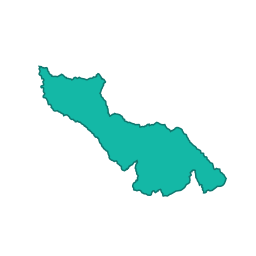 the district of Don Matías, Antioquia, Colombia, rotated 235°
{"feature_id": "7082276B48814942020129", "entity_name": "Don Matías", "entity_type": "district", "adm_level": 2, "iso_a3": "COL", "parent_name": "Colombia", "parent_adm1": "Antioquia", "projection": "mercator", "projection_center": [-75.341, 6.502], "detail": "fine", "context": "isolated", "style": "filled", "palette": "teal", "viewbox_px": 256, "rotation_deg": 235, "n_neighbors": 0, "source": "geoboundaries", "source_scale": "gbopen_adm2", "svg_char_len": 5799}
<svg xmlns="http://www.w3.org/2000/svg" viewBox="0 0 256 256"><g transform="rotate(235 128 128)"><path d="M229.3,90.6L228.2,90.5L227.7,90.3L227.7,89.4L227.2,89.0L225.6,88.9L224.7,88.4L223.6,86.5L222.9,86.0L221.7,86.2L220.8,86.8L220.2,86.8L217.7,85.7L216.8,86.9L215.7,86.7L215.1,86.2L214.9,85.0L214.2,84.6L212.5,84.2L211.7,83.6L211.6,82.8L212.1,81.2L212.0,80.7L211.7,80.3L211.4,80.2L210.6,80.2L209.8,81.6L209.5,81.8L209.0,81.7L206.5,79.7L205.4,79.5L204.4,79.7L203.9,79.5L203.4,78.8L203.0,77.2L202.1,76.3L201.4,76.3L200.1,77.6L198.9,78.0L195.6,77.5L194.4,76.8L192.8,76.3L192.2,77.1L192.2,77.6L191.6,78.0L190.1,77.9L189.3,77.5L189.0,76.9L186.7,77.4L185.1,77.1L183.8,77.9L182.6,80.2L181.3,80.4L179.5,81.7L178.7,81.7L177.9,82.3L177.4,82.4L176.7,82.9L176.3,83.0L175.0,82.4L174.3,85.0L173.7,85.3L173.1,85.9L171.6,86.1L170.9,86.4L169.8,86.1L168.4,86.3L167.5,86.6L166.5,88.0L165.2,88.1L164.7,88.6L163.3,88.4L162.6,89.6L162.8,90.4L160.8,91.3L160.1,92.2L157.9,92.5L156.5,93.3L155.4,93.5L154.6,93.4L154.3,93.6L154.2,94.0L153.9,94.2L152.8,94.1L151.4,94.8L150.2,94.4L149.4,94.5L148.9,94.9L148.2,94.9L147.9,95.4L146.9,95.3L145.7,95.8L145.0,95.8L144.5,95.6L142.7,96.5L141.2,95.9L139.9,96.2L139.3,96.1L137.7,97.7L137.0,97.4L136.1,97.7L135.6,97.7L134.6,97.2L132.3,96.5L131.4,96.5L129.9,96.9L128.5,96.2L127.2,96.2L126.5,96.6L125.1,96.2L124.2,96.7L123.1,96.8L122.4,97.1L121.8,97.1L120.6,97.9L117.4,96.7L115.8,96.6L115.4,96.4L115.1,95.8L113.3,95.3L112.5,95.7L111.2,96.0L110.0,97.0L109.5,97.1L108.4,97.6L108.4,98.2L107.5,99.7L106.1,99.6L105.5,99.0L105.0,99.0L103.3,99.7L102.2,99.8L100.3,100.5L98.8,99.5L97.4,99.2L96.7,99.4L95.0,100.6L94.9,102.1L95.3,103.1L95.2,103.3L94.7,103.4L94.6,103.8L95.2,104.2L94.9,104.9L94.9,105.3L95.6,106.3L95.7,106.9L96.1,107.3L95.7,108.1L95.9,108.6L95.5,110.6L96.5,113.3L96.4,114.0L95.7,114.9L96.3,116.0L96.2,116.7L94.9,116.3L94.3,115.8L93.5,113.6L91.0,110.9L90.4,110.8L90.2,111.0L89.9,111.0L88.3,109.9L86.8,109.8L85.4,108.8L82.9,109.0L81.7,107.0L80.8,106.8L79.7,105.7L79.7,105.3L80.5,105.0L80.5,104.6L79.6,103.6L79.4,103.0L79.6,101.5L79.4,100.6L78.2,98.9L77.2,98.2L75.5,98.2L74.6,97.5L73.6,97.4L73.2,98.2L71.5,99.3L70.9,101.1L70.3,101.8L69.6,102.3L69.0,102.4L66.8,102.4L65.9,103.1L65.0,103.4L63.6,105.0L61.7,105.7L60.2,107.6L60.1,108.1L60.1,108.9L61.2,110.0L61.4,110.6L61.9,111.0L62.1,112.0L62.0,112.8L61.6,113.3L60.5,113.1L59.9,113.3L59.5,113.3L59.3,113.5L59.4,114.2L59.3,114.9L59.5,115.0L59.5,115.9L59.2,116.4L59.6,116.6L59.7,117.0L59.2,119.3L58.5,119.5L57.9,119.1L56.1,118.7L54.0,118.8L53.4,118.1L52.1,117.8L51.4,119.5L49.7,121.4L49.7,124.1L49.3,125.4L48.8,131.2L46.7,135.4L46.6,136.5L46.7,139.5L46.9,140.6L47.9,142.6L48.2,143.6L47.9,145.8L48.1,147.3L49.2,148.1L49.7,148.9L50.9,149.4L51.7,150.0L52.7,150.1L53.1,150.4L52.9,151.1L53.2,151.8L53.1,152.6L53.8,153.1L55.0,153.1L55.8,153.5L55.8,154.3L56.0,154.7L55.6,155.4L56.2,155.7L56.4,156.5L55.8,157.9L55.3,157.9L55.0,158.6L54.5,158.7L53.3,157.6L52.1,157.3L48.4,155.2L46.6,155.2L44.9,154.7L43.4,154.7L41.8,154.4L40.3,153.8L40.0,153.9L40.3,154.3L40.2,154.8L39.6,155.5L38.7,155.8L37.5,154.6L36.7,154.5L35.9,154.8L35.0,153.8L34.3,153.6L33.4,153.9L32.5,153.5L31.5,152.7L30.8,153.7L30.6,155.0L30.7,155.4L31.4,155.8L31.3,157.2L30.9,158.5L30.2,158.6L29.5,159.1L28.6,161.2L28.8,166.5L29.0,167.6L27.3,170.2L26.9,171.3L26.7,172.9L27.2,174.9L29.1,177.9L29.6,178.2L30.2,179.4L32.7,179.4L34.8,179.7L35.4,179.4L37.5,179.1L38.3,178.4L39.6,178.6L41.7,179.5L43.0,178.0L44.2,177.2L44.1,175.7L44.6,175.0L46.0,175.1L48.3,176.1L50.5,176.8L52.5,175.5L55.6,175.4L56.6,174.8L57.1,174.9L58.3,175.6L59.0,175.7L59.6,175.4L60.3,174.3L60.7,174.1L61.4,174.4L62.3,174.3L63.3,175.1L63.9,175.3L65.7,173.4L67.6,174.3L68.0,174.3L69.9,173.4L71.3,172.4L72.0,172.4L72.7,172.6L74.0,172.5L76.2,171.6L79.8,171.0L80.6,170.5L81.8,171.0L83.6,170.8L85.1,171.2L87.2,171.2L88.9,171.9L89.6,171.7L90.6,170.8L91.3,170.6L94.4,170.9L95.7,171.3L97.0,170.9L99.6,169.3L100.5,168.1L100.7,166.6L100.2,165.3L100.5,164.0L100.3,163.1L100.8,162.4L100.7,160.9L102.5,161.1L103.8,160.6L105.1,159.8L108.0,159.7L109.0,160.0L109.7,160.1L110.5,158.6L111.9,157.1L113.7,156.1L114.5,155.9L116.1,154.8L116.2,154.4L116.0,150.6L116.8,149.9L117.1,149.4L117.7,146.9L118.3,146.9L118.9,147.5L119.7,146.1L119.7,145.1L119.3,144.1L119.9,143.1L119.7,142.0L120.9,140.8L121.8,138.4L122.1,138.3L123.6,139.1L124.5,139.0L126.7,135.7L128.1,135.2L128.6,134.5L130.4,133.3L131.6,132.7L132.7,130.9L133.8,130.7L135.7,129.3L136.2,129.3L137.0,130.1L138.5,129.2L140.0,129.7L141.3,129.7L142.2,129.1L143.1,129.0L143.7,128.7L145.3,127.4L146.3,126.2L147.3,125.6L147.7,125.2L147.4,124.3L147.8,123.8L148.0,123.0L148.0,120.4L148.1,119.9L150.1,120.4L150.9,120.3L151.4,120.5L151.8,120.3L151.9,120.7L152.6,120.8L152.9,121.2L155.2,122.5L156.3,122.5L157.3,123.4L158.7,123.1L159.6,123.3L162.6,125.0L165.7,124.3L166.8,124.7L168.6,124.2L169.6,124.3L170.8,125.0L172.5,124.9L173.0,126.0L175.2,128.8L175.4,129.6L176.2,130.6L177.0,132.4L177.3,132.8L178.0,132.9L178.3,133.2L178.4,134.1L178.7,134.6L178.4,135.5L178.7,136.0L181.5,136.1L182.0,135.6L182.9,135.5L183.0,134.8L183.5,134.6L183.9,135.0L184.5,134.9L184.8,135.1L188.4,135.2L189.2,135.0L189.7,134.6L189.4,133.4L189.5,132.5L189.3,132.2L188.4,131.9L188.3,131.4L188.7,129.9L189.6,129.1L189.6,128.7L189.3,128.2L189.2,127.8L189.8,126.3L190.4,125.7L190.7,124.7L190.8,122.6L191.5,121.5L193.2,120.4L195.7,117.9L197.5,117.1L197.5,115.4L197.8,114.7L199.5,114.2L200.1,112.8L199.5,111.2L199.6,109.6L201.0,109.3L201.6,108.4L203.2,107.2L204.0,106.0L204.8,106.4L205.7,105.6L208.7,105.1L210.1,104.4L210.2,104.0L209.9,103.3L210.2,102.7L210.4,99.8L212.0,98.1L212.9,96.6L214.1,95.2L214.3,95.2L214.5,95.6L214.9,95.8L216.2,95.1L216.7,94.9L218.1,94.8L219.6,95.3L220.7,95.0L222.9,96.0L223.7,96.1L224.2,95.8L225.3,93.6L226.1,93.2L226.5,92.5L227.9,92.2L229.3,90.6Z" fill="#14b8a6" stroke="#0f766e" stroke-width="1.5"/></g></svg>